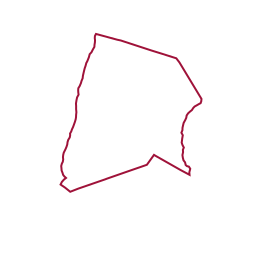 Wagner, Bahia, Brazil, rotated 32°
{"feature_id": "56859067B26667304693986", "entity_name": "Wagner", "entity_type": "district", "adm_level": 2, "iso_a3": "BRA", "parent_name": "Brazil", "parent_adm1": "Bahia", "projection": "natural_earth1", "projection_center": [-41.154, -12.251], "detail": "fine", "context": "isolated", "style": "outline", "palette": "rose", "viewbox_px": 256, "rotation_deg": 32, "n_neighbors": 0, "source": "geoboundaries", "source_scale": "gbopen_adm2", "svg_char_len": 1514}
<svg xmlns="http://www.w3.org/2000/svg" viewBox="0 0 256 256"><g transform="rotate(32 128 128)"><path d="M51.0,65.2L51.2,67.5L52.2,69.4L53.5,71.0L54.6,73.0L55.6,75.4L56.5,77.0L56.6,79.9L56.9,83.2L56.4,85.7L57.3,88.6L57.8,91.3L58.1,93.1L58.2,95.0L59.1,97.9L59.6,100.2L60.4,102.7L61.5,105.9L62.1,107.6L63.2,109.9L63.6,112.5L64.3,114.9L64.8,118.1L64.8,120.6L65.8,122.5L67.0,124.2L68.4,125.9L68.6,129.0L69.5,131.5L70.9,134.8L72.4,136.9L74.0,139.5L75.9,142.0L77.0,144.3L78.2,146.4L79.0,148.3L79.7,150.8L80.3,153.5L80.9,156.3L81.2,158.9L81.7,161.0L81.8,163.4L82.8,164.8L83.6,166.9L83.6,169.7L84.2,172.0L85.2,174.1L85.8,176.5L86.2,178.9L86.4,180.9L86.6,183.0L87.3,185.1L88.3,187.2L89.7,189.0L90.6,191.2L90.8,193.3L91.5,195.6L92.9,197.4L94.2,199.2L96.2,200.7L97.8,202.1L99.7,202.8L101.9,203.2L101.0,205.7L100.5,208.8L100.8,211.7L106.1,211.9L112.8,212.7L118.0,205.7L135.8,183.7L137.0,182.1L151.8,163.7L154.7,160.1L159.0,154.8L163.5,149.2L164.3,137.0L166.0,137.0L194.6,135.8L205.0,135.1L203.5,133.1L202.4,129.6L200.1,128.5L198.2,129.1L196.5,128.8L194.6,126.9L192.2,126.0L190.2,124.1L188.5,122.1L187.5,119.3L186.1,117.4L185.7,115.0L183.3,113.6L181.3,112.0L180.5,110.2L179.6,108.3L178.3,105.1L175.8,103.7L175.3,101.0L174.1,98.9L173.3,96.6L172.5,94.2L172.3,90.8L172.0,88.5L171.1,86.3L171.2,83.7L171.9,81.2L172.7,78.9L172.7,76.6L173.1,74.5L174.2,72.5L175.4,70.2L176.4,68.5L176.0,66.6L174.9,64.4L136.8,45.1L132.0,43.3L117.6,47.0L107.0,49.8L75.5,57.6L72.2,58.8L51.0,65.2Z" fill="none" stroke="#9f1239" stroke-width="2"/></g></svg>